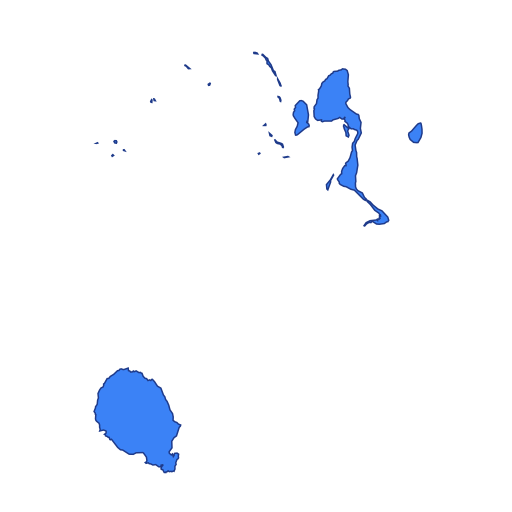 Kiriwina-Goodenough District, Milne Bay, Papua New Guinea (Natural Earth projection), rotated 352°
{"feature_id": "67681753B57057490318375", "entity_name": "Kiriwina-Goodenough District", "entity_type": "district", "adm_level": 2, "iso_a3": "PNG", "parent_name": "Papua New Guinea", "parent_adm1": "Milne Bay", "projection": "natural_earth1", "projection_center": [150.66, -8.912], "detail": "fine", "context": "isolated", "style": "filled", "palette": "blue", "viewbox_px": 512, "rotation_deg": 352, "n_neighbors": 0, "source": "geoboundaries", "source_scale": "gbopen_adm2", "svg_char_len": 6066}
<svg xmlns="http://www.w3.org/2000/svg" viewBox="0 0 512 512"><g transform="rotate(352 256 256)"><path d="M113.8,349.2L109.8,350.0L108.6,350.0L107.1,349.1L105.6,349.1L104.3,350.3L102.9,350.3L98.6,353.4L94.9,355.0L93.2,356.7L91.5,356.7L88.1,361.2L87.3,361.5L87.1,363.1L86.2,364.5L84.2,365.1L82.5,366.9L80.4,370.2L80.2,374.7L79.1,376.7L78.1,380.8L76.1,383.0L75.9,384.1L74.0,387.5L75.0,389.3L74.8,390.2L75.3,390.7L74.4,394.9L74.5,396.2L75.1,397.4L77.3,399.8L77.6,401.6L77.3,403.8L77.6,406.0L76.9,407.5L80.7,407.1L82.9,408.2L83.2,408.7L82.9,410.5L81.1,411.5L82.0,412.2L82.0,413.2L83.7,414.1L84.4,415.0L85.4,415.2L85.7,417.2L86.1,417.7L87.4,417.4L92.4,426.3L94.8,429.0L97.0,429.6L102.8,434.6L106.9,435.3L109.9,434.2L116.5,434.9L117.2,435.5L119.5,439.9L119.5,443.5L118.7,444.7L117.6,445.1L118.3,446.0L120.6,445.8L121.3,446.8L122.8,447.2L124.8,448.6L127.6,448.6L130.4,451.2L132.5,451.6L132.9,449.9L134.5,449.8L134.7,450.1L134.2,450.8L133.4,451.1L132.3,453.6L132.7,454.2L133.9,454.6L135.0,457.6L136.6,457.9L136.8,457.3L137.9,457.3L139.1,456.5L140.1,457.5L142.0,457.4L142.6,457.9L144.6,457.4L144.9,457.7L146.1,455.7L146.4,453.0L147.9,451.2L147.7,449.7L149.4,446.5L150.5,446.0L151.2,445.1L151.2,443.4L151.8,441.5L150.4,440.2L148.0,440.1L147.4,440.8L147.2,442.0L146.2,443.1L145.7,440.4L144.4,441.2L142.7,439.2L142.7,437.8L146.1,434.3L146.8,427.7L149.5,424.5L152.2,423.1L156.1,415.0L157.4,414.0L157.9,412.9L155.7,411.6L154.5,409.9L152.6,408.9L151.0,407.2L151.6,403.8L151.4,400.4L149.4,396.4L148.8,391.5L147.7,387.6L146.5,385.5L146.1,382.7L145.0,380.8L143.4,373.6L140.3,371.2L138.0,366.3L136.2,363.7L135.5,363.7L134.5,364.7L133.4,363.9L131.7,364.3L130.6,362.2L129.0,361.6L127.5,359.4L126.8,356.3L126.1,356.1L125.5,355.2L123.9,355.2L121.3,353.1L119.4,353.6L118.5,352.8L118.0,353.5L115.7,353.5L115.0,352.3L113.8,351.8L113.8,349.2ZM370.6,83.5L367.6,82.7L366.4,83.5L363.5,83.7L362.7,84.3L358.9,84.1L358.2,84.4L357.4,85.7L356.0,86.0L354.5,87.3L353.1,87.6L350.9,90.4L349.5,90.8L348.5,92.2L346.3,93.2L345.2,94.3L344.3,96.8L342.0,99.5L341.0,99.9L341.1,101.1L339.8,105.4L339.4,108.3L338.2,109.7L337.1,113.5L334.4,116.3L334.0,117.9L334.4,118.5L333.5,120.2L333.0,126.0L334.0,128.5L335.9,130.3L339.8,130.3L339.5,131.6L340.4,132.3L342.5,131.9L349.6,132.9L351.2,131.9L356.5,131.2L358.2,130.4L360.1,132.3L361.5,132.5L363.7,130.6L362.5,132.6L363.1,134.3L362.8,135.1L364.7,137.0L365.4,138.5L365.5,140.6L367.9,143.3L370.3,143.6L370.8,144.3L373.2,145.4L373.8,146.3L374.0,147.5L373.8,148.9L370.6,153.5L369.3,156.2L367.4,157.8L366.3,161.5L366.2,165.1L365.1,166.3L362.8,171.7L360.5,174.9L358.1,176.2L357.6,176.9L357.9,178.4L357.7,179.1L356.5,178.8L354.0,181.4L352.6,184.0L352.3,186.5L351.2,186.9L347.3,190.9L347.4,191.7L348.7,194.2L348.6,195.7L349.4,196.9L352.6,199.2L354.9,199.9L359.2,203.1L362.6,204.5L370.3,214.8L372.0,216.1L372.9,214.6L371.6,213.2L370.1,208.4L365.9,205.4L364.7,203.5L364.2,201.4L364.6,197.5L365.2,196.2L365.7,190.3L367.2,187.6L369.5,180.2L369.7,173.4L369.5,171.7L370.0,167.6L369.6,165.4L369.6,159.9L372.3,155.4L373.4,154.8L377.4,148.8L377.1,144.2L378.6,138.3L377.4,134.5L377.4,131.0L376.8,130.0L375.3,129.5L369.4,124.0L367.7,121.8L366.2,117.7L366.2,116.8L366.8,115.9L368.2,114.9L369.4,113.3L371.2,112.8L371.7,112.0L371.4,108.7L371.8,102.9L370.7,100.4L371.1,99.3L371.2,96.1L372.7,89.4L372.1,85.1L370.6,83.5ZM325.8,130.8L327.6,123.6L327.2,113.3L324.2,109.3L322.5,108.4L320.9,108.4L315.8,112.5L315.8,114.5L314.3,115.9L314.5,117.6L313.2,118.8L312.5,121.0L312.5,122.3L313.7,125.1L316.2,129.9L314.9,133.2L312.6,136.4L311.7,139.1L312.0,141.8L313.2,141.9L314.5,141.3L321.5,137.0L325.4,135.2L326.3,135.4L326.8,134.5L326.6,132.8L324.8,130.8L325.1,130.0L325.8,130.8ZM432.2,166.2L435.8,161.6L437.5,157.6L438.0,153.6L438.0,150.0L437.8,147.5L437.4,147.2L435.0,147.6L433.1,149.0L427.5,153.9L424.6,155.5L424.0,157.2L424.2,159.6L424.9,162.1L427.9,165.4L430.8,166.1L432.2,166.2ZM391.9,235.8L387.0,228.8L383.2,226.4L378.9,221.7L376.6,218.3L373.4,215.8L373.6,217.3L376.4,220.9L380.0,227.3L383.6,230.6L384.2,232.0L384.9,232.5L384.9,233.9L384.4,233.9L384.0,233.0L383.8,233.3L384.0,235.9L383.2,235.7L383.0,236.7L381.8,236.4L381.4,237.7L380.8,236.7L380.2,237.1L373.9,236.9L369.7,238.3L367.2,241.0L367.8,241.4L369.9,239.6L372.6,238.5L374.5,238.9L375.3,238.1L376.3,238.1L379.8,241.1L382.6,241.7L387.6,241.7L390.3,240.3L391.3,240.4L392.4,239.1L391.9,235.8ZM364.0,151.0L364.9,149.3L364.1,144.8L365.7,142.9L361.5,138.2L361.0,138.6L360.7,140.3L361.2,141.1L361.0,141.9L362.2,146.2L362.0,149.5L364.0,151.0ZM301.0,80.3L300.4,76.0L299.0,74.8L297.5,68.7L295.4,64.6L295.0,62.0L293.3,60.6L290.7,57.2L290.2,57.2L289.9,57.9L291.1,58.9L293.0,61.6L293.3,63.3L294.1,63.8L293.7,67.1L295.3,68.5L296.0,70.2L297.4,71.8L298.1,75.0L300.5,80.1L301.0,80.3ZM336.3,200.5L340.2,193.1L340.3,191.7L344.1,186.7L343.9,186.2L340.3,190.9L335.7,195.1L335.5,199.5L336.3,200.5ZM297.9,152.4L298.3,151.9L297.8,148.9L296.5,147.9L292.7,146.1L290.6,143.1L291.5,146.4L292.7,147.5L295.7,148.6L297.2,150.7L297.4,152.1L297.9,152.4ZM133.4,124.9L134.1,123.7L133.7,122.4L132.2,122.1L131.3,122.7L131.8,124.3L133.4,124.9ZM304.3,91.1L304.5,90.5L304.1,89.8L304.0,88.4L302.1,83.6L302.0,84.3L303.5,90.6L304.3,91.1ZM288.2,139.7L288.6,138.9L286.4,136.3L286.6,138.8L288.2,139.7ZM301.9,106.4L302.3,105.2L301.9,102.8L301.3,101.7L300.0,101.1L299.9,101.5L301.2,103.1L301.6,106.2L301.9,106.4ZM216.5,61.2L212.8,57.1L212.2,57.1L212.1,57.5L213.4,58.4L215.1,61.1L216.5,61.2ZM285.8,56.1L285.4,55.2L283.6,54.3L282.2,54.1L282.0,54.5L282.2,55.2L285.8,56.1ZM233.8,80.4L234.7,78.9L234.4,78.4L232.6,79.3L232.8,80.4L233.8,80.4ZM301.9,162.3L301.4,161.9L297.3,162.1L297.7,162.5L301.9,162.3ZM174.2,89.4L174.7,87.0L174.4,86.6L173.2,88.3L173.4,89.1L174.2,89.4ZM282.0,127.8L283.9,128.1L284.1,127.4L283.9,126.5L282.0,127.8ZM127.5,137.3L129.0,136.6L128.3,135.7L127.2,136.5L127.5,137.3ZM177.9,88.2L177.2,86.4L176.7,86.2L176.8,87.9L177.9,88.2ZM272.9,155.6L274.1,155.0L273.9,154.5L272.6,154.8L272.9,155.6ZM140.8,133.6L140.2,132.4L139.6,132.4L139.5,133.0L140.8,133.6ZM115.0,122.1L114.8,121.8L113.5,122.2L113.9,122.3L115.0,122.1Z" fill="#3b82f6" stroke="#1e3a8a" stroke-width="1.5"/></g></svg>